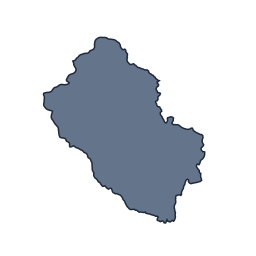 outline of Gameleiras, Minas Gerais, Brazil, rotated 211°
{"feature_id": "56859067B89817296937915", "entity_name": "Gameleiras", "entity_type": "district", "adm_level": 2, "iso_a3": "BRA", "parent_name": "Brazil", "parent_adm1": "Minas Gerais", "projection": "albers", "projection_center": [-43.269, -14.981], "detail": "fine", "context": "isolated", "style": "filled", "palette": "slate", "viewbox_px": 256, "rotation_deg": 211, "n_neighbors": 0, "source": "geoboundaries", "source_scale": "gbopen_adm2", "svg_char_len": 5547}
<svg xmlns="http://www.w3.org/2000/svg" viewBox="0 0 256 256"><g transform="rotate(211 128 128)"><path d="M40.7,72.7L40.9,73.9L41.1,74.8L41.6,76.3L42.6,77.4L43.3,78.6L43.8,80.0L45.1,80.9L45.8,81.9L46.5,82.7L47.3,83.4L47.9,84.6L48.5,86.2L48.5,87.7L48.8,88.9L49.6,90.1L50.4,91.0L50.7,92.1L51.6,93.2L51.9,94.7L51.1,95.6L50.2,96.7L49.2,97.4L48.0,97.4L48.0,98.8L49.0,100.3L49.3,101.8L49.4,103.2L49.4,104.3L49.6,105.3L50.2,106.5L50.3,108.0L50.3,109.2L50.9,110.5L51.2,112.1L51.2,113.7L50.8,114.6L49.6,114.8L48.9,114.0L48.5,113.1L47.1,112.5L45.7,112.6L44.9,113.1L44.1,114.0L43.2,114.8L42.1,115.9L41.1,116.6L40.4,117.5L39.5,118.4L38.6,119.3L37.9,121.0L39.2,122.4L40.6,123.6L41.5,125.0L42.3,126.6L43.6,126.4L44.5,127.4L45.0,128.3L46.3,128.7L47.8,129.3L49.3,130.0L49.9,131.0L50.2,132.0L49.6,133.1L48.3,133.0L48.2,134.3L48.6,135.8L49.0,137.5L48.6,138.9L48.1,140.2L48.0,141.7L48.1,143.0L48.4,144.2L49.2,145.7L49.9,147.0L50.9,146.7L51.8,146.2L53.0,146.6L54.1,147.0L54.8,147.8L54.9,149.0L54.6,150.2L54.3,151.4L54.5,152.6L55.7,153.2L56.7,153.8L57.3,154.5L57.8,155.3L58.3,156.2L58.5,157.3L58.9,158.6L59.9,159.9L61.5,160.3L62.6,159.7L63.9,159.6L65.2,159.5L66.3,159.4L67.4,159.2L68.5,159.4L69.7,159.4L70.8,159.6L71.8,160.4L72.9,161.0L74.0,160.2L74.5,158.8L75.8,157.8L77.1,157.1L78.5,156.8L79.9,156.4L80.9,156.3L82.1,156.2L83.2,156.2L84.2,156.4L85.4,156.6L86.7,156.5L88.3,155.7L89.5,155.1L90.3,154.5L91.5,154.2L92.8,154.6L93.0,155.9L93.0,157.4L93.6,158.7L94.1,159.9L95.4,160.2L96.4,159.9L97.5,159.4L98.3,158.1L99.3,157.3L99.0,156.1L98.0,155.1L97.7,153.4L98.0,151.9L99.4,151.8L100.6,152.6L101.7,153.4L102.5,153.9L103.4,154.1L104.4,155.1L105.7,155.5L106.8,156.0L107.7,156.8L108.3,158.2L107.7,159.7L108.7,160.8L109.9,161.2L110.8,161.8L111.7,162.3L112.7,162.0L113.7,161.7L114.9,162.2L115.9,163.3L117.0,163.9L118.0,164.8L117.7,165.8L116.9,166.6L117.1,168.2L118.1,169.3L118.4,170.6L117.9,171.7L117.7,173.0L118.1,174.4L119.6,174.2L120.9,173.5L121.7,174.5L123.2,175.2L124.3,176.3L124.2,177.5L124.3,178.6L123.6,179.6L124.0,180.8L125.0,181.3L126.1,181.5L126.7,182.5L126.0,183.4L125.6,184.7L126.9,184.3L128.2,184.6L129.8,184.7L130.9,185.5L132.3,185.5L133.3,186.1L134.5,185.8L135.8,186.1L137.4,186.0L138.8,186.3L139.7,187.4L141.2,187.7L142.6,187.0L143.6,186.4L145.2,186.3L146.7,185.9L148.0,185.7L149.5,185.5L151.0,184.9L152.3,185.3L153.6,185.7L154.8,185.5L156.2,186.0L157.1,185.1L157.8,184.2L159.1,183.5L160.9,184.0L162.5,184.5L163.5,185.3L164.4,186.5L164.7,187.9L165.6,188.8L166.0,190.1L166.6,191.2L167.9,191.7L169.1,192.2L169.6,193.1L170.7,193.9L171.7,193.7L172.5,192.5L173.7,192.6L174.8,193.0L176.2,193.6L177.3,195.1L178.7,195.9L180.0,196.5L181.1,196.2L182.7,196.6L183.8,196.7L185.1,196.6L186.5,196.1L187.9,195.5L189.2,194.9L190.7,194.1L192.1,194.3L193.3,194.2L194.5,193.7L195.8,192.8L197.2,192.2L198.5,191.4L199.5,190.5L200.2,189.3L200.9,187.7L201.1,186.3L200.9,185.1L200.5,184.2L200.1,183.0L199.5,181.9L198.7,180.9L198.2,179.8L198.1,178.3L198.6,176.9L199.4,175.8L200.1,175.1L200.5,174.0L200.4,172.6L201.1,171.3L202.3,170.5L203.5,169.7L204.9,168.1L206.4,166.4L206.9,165.4L207.2,164.3L207.3,163.0L207.8,161.8L208.1,160.7L208.2,159.4L208.4,158.4L209.1,157.7L209.8,157.0L208.9,156.3L208.1,155.7L207.3,154.6L206.0,153.5L205.0,153.0L204.1,152.6L203.1,151.9L202.4,150.9L202.2,149.9L202.2,148.7L202.4,147.7L202.9,146.9L203.7,145.7L205.0,144.3L205.7,143.1L205.9,142.1L205.9,141.2L205.8,140.0L205.8,138.9L205.7,137.9L204.9,136.7L203.2,136.7L201.8,136.5L201.7,135.3L202.6,134.2L203.8,133.0L204.8,132.3L206.2,131.7L207.5,131.1L208.4,130.2L209.2,128.9L209.6,127.8L210.0,126.8L210.7,125.9L211.7,125.0L212.2,123.7L212.4,122.2L212.4,120.8L212.8,119.3L213.8,118.2L214.9,117.3L216.0,116.6L217.1,115.6L218.1,114.3L217.7,113.1L216.7,112.4L215.9,111.8L215.3,111.0L214.9,110.1L214.5,109.1L213.8,108.1L213.1,106.5L212.5,104.9L211.5,103.7L210.3,103.2L209.3,102.8L208.0,102.4L206.9,102.3L205.7,102.5L204.7,102.7L203.8,102.9L202.7,103.4L201.3,103.4L200.9,102.1L200.6,100.7L200.1,99.2L199.5,97.8L198.2,96.6L196.9,96.1L195.9,95.7L194.8,95.0L193.5,94.4L192.6,93.9L191.2,93.5L189.7,93.0L188.5,92.6L187.6,91.9L186.8,90.7L185.9,89.6L185.0,88.5L184.0,87.1L182.8,85.9L181.5,85.0L180.1,85.3L179.1,85.7L177.8,86.3L176.3,86.5L175.4,86.4L174.7,85.4L173.7,85.0L172.7,85.2L171.1,85.1L170.0,84.5L169.4,83.5L169.0,82.6L167.9,81.9L166.8,82.8L166.1,83.7L165.6,84.6L164.6,84.8L163.7,84.6L162.7,84.4L161.0,84.8L159.5,85.0L158.2,85.0L157.2,84.9L156.2,85.2L154.8,85.0L153.3,84.5L152.0,84.5L150.9,84.8L150.0,84.5L148.9,84.0L148.0,83.0L146.9,82.1L144.5,82.0L143.3,81.3L142.6,80.5L141.2,79.9L140.4,78.7L139.6,77.6L138.9,76.4L138.0,75.2L137.3,74.0L136.3,73.1L135.3,72.5L134.4,72.1L133.7,70.9L132.9,69.6L132.1,69.0L131.0,68.4L130.0,68.1L129.0,68.2L127.9,67.8L127.0,67.3L125.6,66.6L123.8,66.7L122.8,66.0L121.7,65.6L120.8,65.2L119.9,64.9L118.9,65.4L118.3,66.2L117.3,66.5L115.8,65.7L114.3,65.5L113.2,65.6L112.4,67.0L111.3,67.6L110.1,66.9L109.0,65.8L107.6,65.0L106.3,65.1L105.0,65.1L104.1,65.8L102.9,66.0L101.1,66.3L100.1,66.5L98.9,66.2L97.8,65.8L96.6,65.1L95.5,64.2L94.3,63.8L92.9,63.4L92.2,62.6L91.0,61.8L89.8,61.2L89.0,60.5L87.8,60.1L86.3,59.7L85.1,59.3L83.6,59.5L82.8,60.1L81.9,60.8L80.7,61.6L79.3,61.3L78.2,62.0L77.1,61.8L76.1,61.7L75.0,61.6L74.4,62.3L73.0,62.9L71.5,63.4L70.5,64.0L69.9,64.8L68.9,64.2L67.6,64.5L66.1,65.0L64.9,65.6L63.6,65.6L62.8,65.9L61.6,66.2L60.3,66.6L58.8,66.6L57.4,67.5L56.4,67.4L56.2,66.4L56.1,65.1L55.2,63.9L54.0,64.3L52.0,64.4L50.8,65.9L49.6,66.3L48.3,65.3L46.9,65.9L46.9,66.9L47.3,69.5L45.7,68.6L43.6,69.1L42.3,71.7L41.0,71.5L40.7,72.7Z" fill="#64748b" stroke="#1e293b" stroke-width="1.5"/></g></svg>